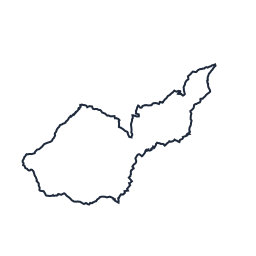 Baia De Cris, Hunedoara, Romania, rotated 48°
{"feature_id": "2599482B28262501709263", "entity_name": "Baia De Cris", "entity_type": "district", "adm_level": 2, "iso_a3": "ROU", "parent_name": "Romania", "parent_adm1": "Hunedoara", "projection": "equal_earth", "projection_center": [22.712, 46.205], "detail": "fine", "context": "isolated", "style": "outline", "palette": "slate", "viewbox_px": 256, "rotation_deg": 48, "n_neighbors": 0, "source": "geoboundaries", "source_scale": "gbopen_adm2", "svg_char_len": 5862}
<svg xmlns="http://www.w3.org/2000/svg" viewBox="0 0 256 256"><g transform="rotate(48 128 128)"><path d="M118.4,233.0L121.5,233.5L122.7,234.0L123.6,233.9L126.3,231.5L127.0,230.5L127.7,229.5L127.7,228.6L128.6,228.6L128.8,228.5L129.8,226.9L130.6,226.2L130.8,225.1L130.4,224.8L130.4,224.0L133.0,222.2L133.6,219.6L134.0,219.0L135.7,218.8L136.8,219.0L141.3,218.1L144.3,218.1L145.5,217.6L146.3,217.5L148.4,215.5L148.8,214.7L150.9,212.9L154.8,211.7L155.2,211.2L155.4,209.9L155.5,209.7L155.9,209.6L156.0,209.2L158.1,208.7L158.9,207.9L158.3,206.3L159.8,205.1L159.9,204.8L159.7,204.7L159.8,203.7L160.2,202.9L160.7,201.0L161.1,200.5L160.5,198.8L160.8,196.8L160.6,195.2L160.8,195.1L161.0,194.2L161.9,192.9L163.7,191.1L165.5,190.1L166.0,188.9L166.4,188.5L166.7,187.6L167.3,187.2L170.1,186.0L170.7,185.9L171.1,186.5L171.4,186.6L172.1,186.0L172.2,185.6L173.3,186.3L177.1,185.0L175.8,183.6L173.8,182.4L173.5,181.9L173.9,181.3L173.3,180.4L173.0,179.6L173.1,178.9L172.8,178.6L172.8,178.3L172.6,177.6L174.1,176.4L174.2,175.3L174.0,175.2L174.1,173.7L172.6,172.8L174.5,169.9L172.6,169.4L171.9,164.6L170.8,164.5L170.6,164.4L171.0,164.3L170.2,164.2L170.2,160.7L165.4,160.6L165.3,158.4L164.6,157.6L164.2,156.6L162.5,155.3L161.8,154.4L161.9,154.0L161.6,153.6L161.8,153.0L161.6,152.2L161.9,150.9L160.7,150.4L159.7,150.6L159.0,148.3L159.2,146.4L158.9,145.0L157.9,143.9L155.5,142.8L154.4,139.2L154.5,138.0L155.0,137.2L156.5,136.8L158.3,136.6L158.4,136.0L157.9,132.9L157.5,131.6L156.6,130.2L156.4,129.0L156.6,128.5L157.0,128.2L157.2,128.3L157.3,128.0L157.7,128.9L158.1,127.9L159.4,126.9L159.2,125.4L159.8,125.5L159.9,124.8L159.2,124.1L159.0,123.5L159.2,122.6L158.6,121.7L158.9,121.6L160.3,122.1L160.3,121.4L159.8,120.6L159.7,119.7L159.2,118.5L158.6,117.9L158.6,117.1L158.4,116.2L160.3,115.1L160.5,114.6L161.8,114.3L163.3,112.6L164.3,112.3L165.0,112.6L165.7,112.5L165.8,111.4L165.6,110.9L165.7,110.2L165.5,109.4L165.8,106.8L165.5,106.1L166.7,105.6L167.6,104.0L167.9,103.2L168.0,101.6L167.8,101.2L169.6,100.6L170.7,99.8L171.9,99.7L172.8,99.2L171.7,97.5L171.8,96.6L172.3,95.6L172.4,95.1L172.4,94.4L172.0,93.4L171.5,93.2L171.7,92.9L171.9,91.9L172.5,90.9L173.1,89.1L172.5,88.1L172.1,88.3L172.0,87.7L173.1,87.4L173.3,87.0L173.1,86.7L172.6,86.7L172.6,86.3L172.8,86.4L173.1,86.2L172.5,86.1L172.3,85.8L172.3,85.4L172.4,84.7L172.2,84.5L171.8,84.6L171.6,84.3L171.3,84.3L170.3,83.6L168.7,81.7L168.2,80.0L167.0,78.3L166.1,77.5L165.3,76.0L165.0,75.8L163.3,75.5L161.1,73.3L159.5,71.1L158.0,70.9L157.1,70.3L157.3,69.1L157.2,66.7L157.0,65.8L156.4,64.9L155.4,63.9L155.1,63.3L155.4,61.7L155.9,61.1L156.2,59.6L157.0,57.4L156.2,55.7L154.9,54.9L155.0,54.3L156.2,52.9L156.0,52.0L156.1,49.7L155.7,47.8L155.8,45.6L156.0,44.1L156.0,42.7L154.8,41.8L151.3,40.9L149.5,39.7L148.7,38.8L147.8,38.9L147.0,38.1L146.0,37.8L146.0,37.2L145.6,36.9L145.7,36.5L143.9,35.2L141.8,31.5L141.7,29.7L141.2,28.0L141.1,26.1L140.5,24.3L140.3,21.3L139.0,20.7L138.3,22.8L137.8,23.3L137.6,24.1L137.6,25.2L136.8,26.5L136.7,27.6L136.5,27.8L136.4,28.4L135.5,28.8L134.8,30.0L134.8,31.7L134.0,32.4L133.6,33.6L133.1,34.0L133.0,34.4L132.6,34.8L132.3,35.5L132.0,36.5L131.8,37.8L132.1,39.3L131.9,40.1L131.6,40.4L129.5,42.0L129.5,43.7L129.8,45.0L129.7,48.9L131.6,50.0L132.2,50.6L131.9,52.5L132.2,53.8L132.7,55.3L134.0,56.9L134.3,58.2L135.1,59.6L136.3,60.3L137.0,61.0L140.9,63.2L140.9,64.2L140.7,65.5L139.0,65.8L138.3,65.6L137.9,66.0L137.7,66.5L136.8,67.1L136.4,67.8L136.1,68.0L135.9,66.9L136.3,65.8L136.1,64.9L135.5,64.6L135.1,65.1L134.3,65.5L133.9,66.4L133.7,67.4L131.7,68.5L131.2,68.6L131.5,70.7L131.3,72.7L131.4,75.0L130.9,76.9L131.6,79.8L131.4,81.0L131.8,83.5L132.0,84.1L131.9,84.5L132.3,84.8L132.3,85.4L132.1,85.6L130.3,86.4L129.9,86.8L130.0,87.3L130.6,87.9L130.9,89.0L129.1,89.9L127.6,91.1L127.0,92.2L126.6,92.5L126.4,93.6L126.8,95.3L125.4,97.1L124.3,98.3L123.0,99.2L122.8,99.9L122.3,100.2L121.4,102.6L121.8,103.4L121.9,104.3L121.7,104.8L120.7,105.4L118.6,105.2L118.1,105.4L118.8,107.3L120.4,109.8L120.5,110.5L120.9,110.7L121.2,111.2L122.3,111.9L122.6,112.4L125.2,110.9L126.6,112.2L125.2,113.9L124.0,114.4L123.8,114.7L121.9,115.7L121.5,116.2L122.3,116.6L123.2,117.4L123.8,117.7L124.0,118.4L124.4,119.4L125.1,119.9L126.1,121.4L127.1,123.2L131.7,126.5L133.5,128.5L135.3,128.9L136.1,129.6L136.8,131.2L137.3,131.7L135.5,133.0L133.0,132.3L131.5,131.6L131.2,131.2L130.1,131.2L128.0,132.2L125.7,132.4L123.1,133.1L122.9,133.3L122.2,133.5L121.2,134.1L118.6,131.5L116.7,130.3L116.5,129.1L115.1,129.1L114.1,129.4L113.7,129.9L113.0,130.0L112.0,131.2L110.1,130.1L108.1,132.7L107.6,133.2L105.6,134.1L105.3,134.8L104.7,135.2L102.2,135.3L99.2,136.8L96.7,136.5L96.0,136.7L94.6,137.9L93.3,138.2L92.2,139.3L91.3,140.6L90.6,141.1L89.8,141.1L88.0,140.3L86.0,142.0L86.0,142.3L85.6,143.0L85.3,144.4L84.1,144.1L83.2,144.2L82.0,144.9L80.7,146.1L79.7,146.6L79.3,147.6L78.9,148.0L79.4,148.5L80.1,148.5L80.3,148.8L80.5,149.0L80.4,149.4L80.8,149.9L80.2,151.2L80.4,151.8L81.2,151.8L81.1,152.6L81.3,153.0L81.6,156.4L81.2,156.4L81.7,158.7L81.9,158.7L82.0,159.5L81.3,159.6L81.5,162.7L80.7,162.8L81.0,163.5L80.9,165.1L81.3,165.9L81.7,167.3L81.7,168.4L81.9,168.9L81.6,169.8L82.2,170.9L82.0,171.1L82.0,172.0L81.3,173.3L81.3,174.2L80.8,175.4L80.3,176.9L81.1,178.2L81.0,180.0L81.3,180.7L81.4,181.6L82.8,184.3L82.9,185.5L83.2,186.0L83.6,186.6L84.6,187.0L84.9,187.4L85.8,189.9L85.9,191.5L86.6,193.0L86.4,194.8L85.1,197.7L83.9,201.0L84.2,203.6L84.4,203.9L84.3,205.6L84.4,206.4L84.3,206.8L84.3,208.1L83.2,210.2L83.6,213.2L84.3,214.2L82.9,217.1L81.1,218.9L80.6,220.1L79.7,220.7L79.6,221.6L80.3,223.3L80.2,224.4L81.1,225.9L81.8,228.1L82.9,229.1L84.2,229.1L85.5,230.8L86.2,230.3L86.8,230.2L89.1,231.1L90.8,230.3L91.9,230.4L93.4,230.0L93.9,229.1L93.9,228.3L94.0,227.9L94.9,227.3L97.1,227.3L100.8,229.1L103.1,229.5L105.9,230.7L106.2,231.4L108.7,231.3L109.9,231.7L110.9,232.8L113.3,233.6L114.7,235.3L115.7,235.3L117.0,234.4L118.4,233.0Z" fill="none" stroke="#1e293b" stroke-width="2"/></g></svg>